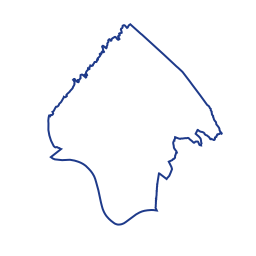 outline of Phra Samut Chedi, Samut Prakan, Thailand, rotated 140°
{"feature_id": "78962969B59575898831596", "entity_name": "Phra Samut Chedi", "entity_type": "district", "adm_level": 2, "iso_a3": "THA", "parent_name": "Thailand", "parent_adm1": "Samut Prakan", "projection": "equal_earth", "projection_center": [100.494, 13.559], "detail": "fine", "context": "isolated", "style": "outline", "palette": "blue", "viewbox_px": 256, "rotation_deg": 140, "n_neighbors": 0, "source": "geoboundaries", "source_scale": "gbopen_adm2", "svg_char_len": 5641}
<svg xmlns="http://www.w3.org/2000/svg" viewBox="0 0 256 256"><g transform="rotate(140 128 128)"><path d="M59.6,206.0L61.3,206.1L63.2,205.5L63.5,205.2L64.4,205.3L64.5,208.3L64.7,209.0L65.4,209.6L66.3,209.7L66.7,209.6L67.1,208.9L67.9,208.4L68.4,208.3L69.4,208.5L70.1,208.1L71.1,205.7L71.6,205.0L72.0,205.1L73.4,205.9L74.1,206.0L74.2,205.8L74.3,205.0L74.5,204.5L74.7,204.4L74.9,204.3L75.4,204.3L75.8,204.7L76.0,204.8L76.9,204.3L77.2,202.1L77.4,201.6L77.7,201.6L78.8,201.9L78.9,202.2L79.1,203.1L79.0,205.4L79.3,206.1L79.7,206.3L82.3,206.7L83.3,206.6L84.5,205.7L85.0,205.8L85.1,206.0L85.0,207.5L85.1,207.9L85.4,208.0L85.9,208.1L86.6,207.9L87.0,207.7L87.3,206.9L87.8,206.5L89.5,206.1L89.7,205.8L89.9,205.4L90.4,204.9L91.2,204.4L92.2,204.2L92.4,204.0L92.5,203.4L92.8,203.2L93.4,203.1L93.5,203.3L93.8,204.4L94.0,206.3L94.2,206.9L94.5,207.2L95.0,207.2L95.6,206.9L96.0,205.3L97.0,203.6L97.3,202.8L97.3,202.1L97.3,201.9L97.4,201.7L97.6,201.7L97.7,201.9L98.1,202.1L98.4,202.1L98.7,203.1L99.4,203.0L99.7,202.6L100.3,202.6L100.5,202.1L100.9,201.9L101.2,202.0L101.7,202.8L102.1,202.8L102.3,202.3L102.5,201.4L103.4,201.1L104.9,200.9L106.1,200.9L106.3,200.5L106.4,200.4L106.7,200.6L106.9,200.6L107.0,200.4L107.1,199.7L107.6,199.6L107.9,200.1L108.1,200.0L109.3,199.0L110.0,199.0L110.8,199.8L111.2,200.0L112.9,199.3L114.1,199.1L114.5,198.6L115.0,198.5L115.4,198.8L115.8,198.8L116.2,199.1L116.4,199.3L116.4,200.0L116.6,200.1L116.7,199.6L116.9,199.4L118.6,199.4L119.2,198.7L119.5,198.0L119.9,198.0L120.1,198.1L120.3,198.4L120.3,199.0L120.4,199.3L121.5,198.3L123.2,198.1L124.0,197.8L124.5,197.5L125.0,197.0L125.2,195.2L125.4,194.7L125.7,194.7L126.2,196.5L126.6,196.7L127.0,196.7L127.2,194.2L127.2,193.9L127.3,193.8L127.9,193.8L128.6,198.0L128.8,198.4L129.4,198.8L130.0,199.0L130.4,199.0L130.6,198.7L131.9,197.4L132.1,196.8L132.4,196.6L133.1,196.6L134.0,196.2L135.1,196.4L135.2,196.8L135.6,197.0L135.7,196.9L135.6,196.1L135.8,195.2L136.2,195.0L136.6,195.0L137.1,195.7L137.3,196.5L137.5,197.8L137.4,199.9L137.5,200.0L138.0,200.3L138.5,200.3L139.1,200.2L139.0,199.6L139.4,197.9L139.9,196.9L140.7,196.4L140.9,195.9L142.1,195.3L143.6,194.8L144.8,194.1L145.8,193.9L148.3,193.6L149.3,193.3L151.1,193.2L152.4,193.2L154.0,192.9L154.2,192.7L154.2,191.9L154.4,191.7L156.0,191.8L156.8,192.4L157.0,192.8L157.1,193.1L157.4,192.9L157.9,192.6L162.2,191.0L163.3,190.8L164.8,190.8L166.0,190.3L166.4,190.0L167.1,189.8L168.3,189.8L168.9,190.1L169.3,190.5L169.6,190.5L170.6,190.2L172.7,189.3L174.0,188.8L175.1,188.8L175.5,188.9L175.7,187.9L176.0,187.2L176.5,186.9L177.0,186.9L177.4,186.7L178.3,187.0L178.6,187.5L179.1,187.6L180.1,187.1L180.2,187.4L180.2,188.2L180.4,188.3L182.0,187.1L184.1,185.1L184.7,184.4L186.0,182.6L190.3,177.6L192.2,174.3L193.0,172.9L195.1,167.8L196.5,162.0L196.4,160.7L196.1,159.9L195.9,159.7L194.7,159.1L194.1,157.5L193.8,157.2L193.4,156.5L193.3,155.8L192.8,154.9L205.8,155.3L205.2,152.9L204.2,151.0L199.1,145.7L192.9,141.0L189.9,137.4L188.4,135.1L187.6,133.8L186.6,131.9L186.0,130.5L185.4,128.9L184.7,126.2L184.3,122.1L184.2,119.2L184.3,117.0L184.5,115.3L185.0,112.7L185.9,110.0L187.3,106.8L190.7,99.4L196.6,88.3L198.2,85.0L199.4,82.3L200.3,79.5L200.8,77.2L201.1,74.8L201.1,73.0L201.0,70.6L200.6,67.7L200.0,65.0L199.6,63.4L198.9,62.0L198.3,61.1L197.7,60.4L196.3,59.3L194.7,58.4L192.6,57.7L190.3,57.4L177.3,56.6L173.6,55.9L171.0,55.1L168.6,54.0L166.1,52.5L164.1,51.1L162.5,49.9L161.1,48.6L159.0,46.3L158.2,49.2L157.9,49.5L157.0,50.2L156.4,51.0L154.8,52.6L154.6,53.0L153.9,53.6L153.7,54.0L153.3,54.2L153.2,54.6L152.5,55.1L152.3,55.5L151.9,55.5L151.8,56.1L151.5,56.2L151.0,56.7L150.8,56.7L150.5,57.1L149.3,58.2L147.6,60.1L147.3,60.4L147.0,60.8L146.7,60.9L146.5,61.5L145.7,61.9L145.0,62.9L144.4,63.4L144.2,63.7L143.6,64.3L143.3,64.4L143.1,64.8L142.5,65.3L142.2,65.8L141.9,65.9L141.7,66.3L141.3,66.4L141.1,66.7L140.8,66.9L138.6,68.9L138.1,69.3L133.5,73.3L133.2,73.0L131.2,64.1L130.3,64.4L127.2,64.8L126.6,65.1L124.0,66.4L122.9,67.0L120.7,68.2L119.8,70.2L118.5,75.6L118.4,76.0L114.6,74.9L114.0,75.2L113.6,75.2L112.8,74.8L112.3,75.0L111.6,74.9L111.0,75.1L109.7,76.5L109.1,76.7L108.5,77.2L107.5,77.6L107.2,78.0L106.4,77.7L105.9,79.1L105.9,80.4L105.7,81.7L105.8,82.4L105.7,82.7L105.2,83.9L104.5,84.8L103.4,86.9L102.6,87.9L101.3,88.6L100.6,88.4L100.2,89.2L98.8,89.6L98.5,90.1L97.8,90.7L97.4,90.1L97.1,89.3L96.6,88.6L96.1,87.6L95.0,86.1L94.7,86.0L94.2,85.9L93.2,85.0L90.6,83.4L89.9,82.7L88.6,82.0L88.3,81.7L88.0,81.0L88.0,79.8L87.4,76.8L87.2,75.0L87.0,74.4L86.6,74.1L85.5,74.2L84.9,74.1L83.5,73.0L83.2,72.6L83.2,72.3L83.3,71.9L84.1,69.2L83.9,68.6L83.2,67.7L82.7,68.5L81.6,68.9L81.0,70.2L80.3,71.2L79.3,73.0L79.2,73.7L79.2,75.8L79.9,80.1L75.9,81.8L75.7,81.6L75.5,80.3L75.0,79.0L74.4,78.0L73.8,77.4L73.0,75.9L72.9,74.6L73.2,74.1L73.2,73.7L73.0,72.8L72.2,71.3L72.1,70.3L71.8,69.4L71.9,67.7L72.1,66.9L72.0,66.4L71.9,66.3L71.5,66.5L71.3,66.4L70.9,65.4L70.3,64.7L70.2,64.0L70.0,63.7L69.6,63.4L69.1,63.4L68.2,63.9L67.5,64.8L67.0,64.8L66.1,64.4L65.4,65.0L64.6,65.0L64.3,65.1L64.0,65.6L63.5,65.7L63.1,65.3L62.1,64.9L61.8,64.9L61.7,64.7L60.9,64.8L60.5,64.8L60.5,64.7L60.5,64.4L60.3,64.0L60.0,64.0L60.0,63.5L59.8,63.5L59.5,64.4L59.7,65.5L59.6,66.2L59.2,67.6L58.5,68.6L58.2,69.5L58.0,71.2L58.0,73.5L58.0,74.0L57.2,75.3L56.8,76.3L56.9,77.4L56.7,79.2L56.0,80.6L55.7,81.9L55.2,82.2L55.0,82.6L55.0,82.8L55.1,83.8L54.9,84.5L54.7,84.9L54.3,85.3L54.0,86.1L53.5,86.5L53.3,87.0L53.3,87.9L53.2,88.3L53.1,88.6L52.5,89.2L52.3,89.5L52.5,90.5L52.1,92.0L52.0,92.4L52.2,93.6L52.5,94.6L52.5,95.2L51.7,106.5L51.1,117.8L51.0,119.7L50.7,124.3L50.2,135.4L50.2,136.1L50.9,141.8L51.3,144.1L51.8,148.4L53.4,161.4L57.3,190.6L57.6,191.9L59.6,206.0Z" fill="none" stroke="#1e3a8a" stroke-width="2"/></g></svg>